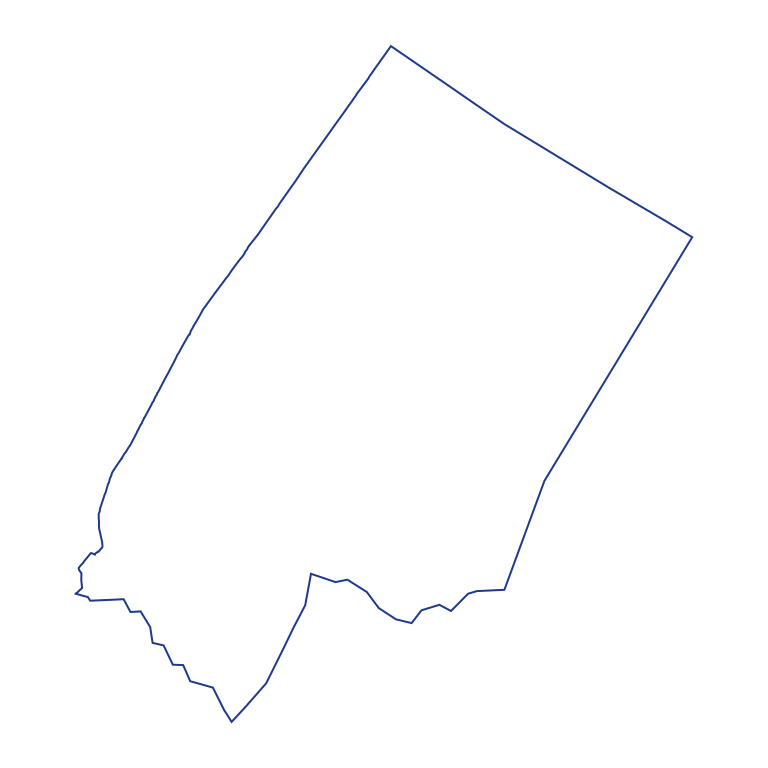 outline of Nord Kanem, Kanem, Chad
{"feature_id": "50815135B74780249962770", "entity_name": "Nord Kanem", "entity_type": "district", "adm_level": 2, "iso_a3": "TCD", "parent_name": "Chad", "parent_adm1": "Kanem", "projection": "equal_earth", "projection_center": [14.386, 15.416], "detail": "fine", "context": "isolated", "style": "outline", "palette": "blue", "viewbox_px": 768, "rotation_deg": 0, "n_neighbors": 0, "source": "geoboundaries", "source_scale": "gbopen_adm2", "svg_char_len": 3129}
<svg xmlns="http://www.w3.org/2000/svg" viewBox="0 0 768 768"><path d="M668.2,222.6L667.9,222.4L666.6,221.6L608.4,187.4L503.9,123.8L474.9,103.9L444.5,82.9L413.2,61.4L400.7,52.8L390.9,46.1L390.5,46.7L375.0,68.5L372.1,72.6L369.1,76.9L368.8,77.8L362.8,85.9L359.5,90.3L358.4,91.7L356.8,93.9L356.7,93.9L356.5,94.7L353.9,98.3L352.2,100.8L349.6,104.4L349.0,105.2L346.2,109.2L344.1,112.2L335.3,124.4L328.5,134.0L312.9,155.8L312.4,156.4L311.3,158.1L303.7,168.7L297.6,177.9L297.0,178.8L296.1,180.2L282.2,199.8L279.3,204.0L278.6,205.3L278.1,206.3L276.1,208.5L271.8,214.7L266.8,221.8L265.0,224.4L257.6,235.0L251.1,243.2L249.3,245.4L247.9,247.5L247.2,249.1L245.1,251.9L244.9,252.6L244.7,253.0L243.0,255.8L240.2,259.1L238.4,261.4L233.3,268.2L231.6,270.6L231.1,271.3L230.3,272.5L228.0,276.0L226.3,277.9L226.2,278.0L224.4,280.5L215.4,292.5L213.9,294.6L212.9,296.0L208.9,301.4L204.7,307.3L203.9,308.3L203.4,308.8L198.5,317.8L193.4,326.3L192.8,327.6L191.7,329.5L191.1,330.6L190.5,331.8L190.0,333.7L189.9,333.8L189.6,334.1L189.6,334.6L188.4,335.5L185.4,340.8L184.8,341.8L184.6,342.2L184.3,342.7L178.2,353.8L177.4,354.8L177.2,355.1L176.8,356.1L176.0,357.9L175.0,359.9L173.7,362.5L171.8,366.0L168.5,372.4L163.8,381.0L161.5,385.5L157.8,392.6L157.4,392.9L157.3,393.0L156.8,394.6L155.8,396.1L154.6,398.5L154.3,399.0L153.9,400.5L153.4,401.3L152.7,402.2L151.9,403.6L151.5,404.6L144.7,417.3L144.6,417.5L144.1,417.8L144.0,418.4L144.0,418.5L142.3,421.7L142.0,422.9L140.7,424.8L139.0,428.1L138.0,430.1L137.7,430.6L137.2,431.5L137.0,432.1L136.4,433.4L136.3,433.5L135.2,435.7L132.4,441.0L130.5,444.7L130.3,444.9L127.8,448.7L125.9,452.0L124.8,453.3L124.0,454.2L123.6,455.1L122.6,456.7L121.2,459.0L121.4,459.0L119.8,461.0L119.7,461.2L118.9,462.3L113.1,471.0L112.7,471.6L112.1,472.9L111.5,474.3L111.5,475.0L109.9,478.6L109.6,479.5L109.4,480.5L109.1,481.7L109.1,481.8L108.9,482.7L108.5,483.2L108.2,483.7L107.4,486.3L105.8,492.0L105.2,493.4L104.7,494.5L99.9,509.1L99.9,510.7L99.7,511.3L99.1,512.8L98.8,513.7L98.7,514.1L98.7,515.0L98.8,516.2L98.7,517.2L98.7,518.0L99.0,522.0L98.9,524.1L99.0,526.0L99.1,528.5L99.4,529.7L100.3,533.8L102.1,541.9L102.2,542.6L102.2,543.2L102.5,546.3L102.3,547.2L102.2,547.6L100.5,549.2L100.0,549.7L99.6,550.6L99.1,550.9L98.5,551.2L98.4,551.8L97.2,552.2L95.2,553.7L95.1,554.1L94.9,554.6L92.0,553.3L90.9,553.1L84.0,561.4L83.8,561.7L83.2,562.9L81.8,564.2L80.5,565.7L78.8,567.7L78.8,568.4L78.7,568.9L78.9,569.3L79.1,570.1L81.0,572.7L81.5,573.3L81.4,574.1L81.4,574.7L81.3,579.1L81.3,580.5L81.6,583.1L81.8,585.0L82.1,588.0L80.2,589.7L78.1,591.7L76.8,593.0L76.5,593.1L76.2,593.1L75.9,593.7L75.8,593.8L87.9,597.1L90.2,600.7L97.2,600.4L111.1,599.8L123.6,599.2L130.5,612.0L135.6,611.7L140.6,611.4L150.2,627.1L152.6,642.9L163.6,645.4L172.8,664.7L177.8,664.9L183.2,665.1L190.2,681.2L199.4,683.8L212.9,687.6L224.3,710.4L227.7,715.6L231.6,721.9L245.4,707.0L266.2,683.3L282.9,649.6L293.8,627.1L305.2,605.3L311.0,573.8L335.5,582.1L347.4,579.7L366.8,592.0L378.8,608.1L395.9,619.3L411.6,623.1L421.5,610.3L439.4,604.8L451.0,611.0L468.1,593.7L476.9,591.1L504.4,589.8L544.4,480.9L692.2,237.2L668.2,222.6Z" fill="none" stroke="#1e3a8a" stroke-width="2"/></svg>